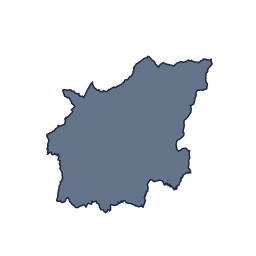 the district of Aileu Vila, Aileu, East Timor, rotated 20°
{"feature_id": "22284137B9751791093782", "entity_name": "Aileu Vila", "entity_type": "district", "adm_level": 2, "iso_a3": "TLS", "parent_name": "East Timor", "parent_adm1": "Aileu", "projection": "robinson", "projection_center": [125.556, -8.74], "detail": "fine", "context": "isolated", "style": "filled", "palette": "slate", "viewbox_px": 256, "rotation_deg": 20, "n_neighbors": 0, "source": "geoboundaries", "source_scale": "gbopen_adm2", "svg_char_len": 5842}
<svg xmlns="http://www.w3.org/2000/svg" viewBox="0 0 256 256"><g transform="rotate(20 128 128)"><path d="M181.3,79.6L180.8,77.3L180.9,75.3L180.7,73.5L179.6,71.8L180.0,69.9L180.5,68.8L184.3,67.0L185.5,67.1L186.4,65.8L188.3,64.5L188.5,63.9L187.5,59.4L185.9,58.2L184.9,57.1L182.6,50.1L183.5,48.0L183.0,45.5L183.2,44.1L184.9,40.2L185.1,38.8L183.4,37.4L182.7,35.1L181.8,36.0L180.5,36.6L177.1,36.9L175.1,37.5L175.1,38.8L173.6,39.8L172.0,42.6L170.7,42.4L167.8,43.3L166.0,42.9L165.4,43.3L164.3,42.8L163.8,43.6L163.3,43.7L161.6,43.5L159.9,45.5L158.8,46.4L157.1,47.5L155.2,47.5L154.5,48.0L151.5,50.7L149.9,53.9L140.8,55.0L139.6,54.5L138.8,54.6L136.6,57.3L136.0,58.9L136.2,59.9L135.3,60.4L134.6,60.2L133.5,59.1L132.0,58.7L131.2,57.6L130.0,56.5L127.0,55.8L123.3,53.7L122.0,54.0L121.8,55.4L120.2,56.5L118.9,57.7L116.9,61.4L115.8,62.3L115.0,64.1L114.0,64.5L113.8,64.9L113.8,66.3L112.7,69.3L112.8,70.0L113.5,70.1L113.7,70.9L113.5,73.5L113.9,74.6L113.7,75.3L113.9,76.0L113.1,78.5L112.3,79.0L111.7,80.2L111.4,81.9L110.6,83.2L108.9,83.7L108.6,84.5L108.4,86.3L107.3,88.3L107.1,89.1L103.7,92.3L102.9,93.7L101.8,94.6L101.4,94.6L101.0,94.2L99.6,95.5L99.2,96.5L98.8,96.6L97.5,98.2L96.9,98.3L96.7,98.6L96.8,99.1L96.1,99.9L96.1,100.4L95.3,101.2L94.6,101.1L93.8,101.5L92.1,101.2L91.9,101.3L92.0,102.2L91.8,102.5L90.1,103.1L88.8,102.9L87.7,101.9L87.4,101.9L86.8,102.8L85.6,103.2L84.5,102.2L82.5,101.7L81.8,101.1L79.8,99.0L79.0,97.3L78.4,98.5L77.8,100.3L76.8,106.6L76.1,114.2L75.8,114.5L74.4,113.6L73.7,114.3L73.2,114.4L72.0,114.2L71.8,114.4L70.5,113.8L70.5,113.0L70.1,112.5L67.7,113.3L66.7,113.4L64.8,112.1L64.2,112.0L63.1,112.5L62.1,112.3L61.7,111.8L61.0,112.1L60.3,111.9L59.9,112.4L58.5,113.1L55.0,113.7L54.2,114.2L53.9,115.2L57.6,119.7L59.3,119.8L60.7,120.4L62.1,119.7L63.1,120.3L64.3,121.6L65.7,122.4L66.6,124.0L67.6,124.5L68.8,124.7L70.1,125.5L70.5,126.3L70.1,127.9L69.2,128.7L68.6,130.3L70.2,131.3L70.4,131.6L70.4,132.4L69.5,134.4L69.1,134.7L68.3,136.9L67.7,137.7L67.3,138.6L65.9,139.4L66.4,140.4L66.4,140.9L65.6,141.2L66.7,142.4L66.7,143.7L67.3,144.9L66.7,146.8L65.2,147.8L64.5,149.1L61.5,149.4L61.5,149.8L62.1,150.5L61.6,150.9L61.1,152.6L60.2,153.4L59.7,155.9L59.4,156.3L58.7,156.5L57.6,158.5L56.6,158.9L55.7,160.5L55.0,160.8L55.0,161.8L54.8,162.0L54.1,161.9L54.1,162.2L54.5,162.7L54.6,163.7L55.8,164.4L57.4,166.2L57.9,166.4L58.1,166.8L58.0,167.3L58.3,167.9L58.0,169.3L58.2,169.8L58.2,170.8L58.4,171.8L59.1,171.9L59.0,173.5L59.3,174.0L59.0,175.1L59.5,175.5L59.7,176.0L60.3,175.7L61.0,178.8L61.3,179.4L61.3,180.1L61.7,179.9L62.2,179.1L62.4,178.2L63.0,177.6L63.4,177.6L64.2,177.0L65.0,178.4L65.6,178.8L67.2,178.4L68.0,177.2L68.9,177.7L69.3,177.3L70.9,178.0L70.9,177.6L70.5,177.2L71.4,176.6L71.8,176.9L71.6,177.6L72.6,178.0L73.0,178.6L73.0,180.9L73.2,181.8L74.0,181.7L74.4,182.1L75.2,182.0L75.4,182.9L75.9,183.8L75.8,185.3L76.5,185.6L76.7,186.4L77.7,187.0L78.0,188.1L77.8,189.1L78.0,189.5L79.0,190.5L80.1,191.0L81.6,192.9L82.3,195.1L83.0,195.7L83.2,197.0L83.6,197.5L83.9,198.8L83.4,199.6L83.6,200.4L83.5,201.0L82.7,201.7L83.7,203.9L83.2,206.5L83.9,207.9L83.9,209.5L84.7,214.1L85.6,216.3L85.6,219.4L85.9,220.8L87.0,220.9L89.4,219.7L90.9,220.6L91.9,220.5L93.7,218.9L94.2,217.3L93.8,216.4L94.0,215.9L95.2,213.9L96.5,214.5L97.0,215.4L98.9,217.3L101.5,218.8L102.4,219.2L103.9,219.2L105.7,220.6L107.6,220.2L108.8,219.2L109.1,218.3L110.0,217.4L110.8,217.2L111.8,215.8L113.1,215.3L114.7,215.9L115.0,216.4L115.6,216.6L115.9,215.3L115.5,213.9L116.3,212.4L118.2,212.1L119.7,212.1L119.8,211.0L119.6,209.9L119.2,209.3L119.4,209.0L120.0,209.3L121.1,209.2L121.7,208.5L122.7,208.3L122.9,207.8L123.4,207.7L124.7,209.4L126.1,209.3L127.0,209.9L127.8,210.9L128.5,212.3L129.2,213.0L129.9,213.3L130.4,214.0L132.1,213.5L133.0,213.5L134.1,214.7L135.9,215.2L136.7,214.4L136.9,213.9L137.0,211.8L138.1,211.4L139.1,212.1L139.6,211.1L138.9,208.7L138.0,207.2L138.0,206.6L138.4,206.0L139.1,205.5L140.7,205.7L142.1,205.2L143.4,204.4L144.2,203.6L144.3,201.8L145.1,202.4L145.7,201.3L146.3,201.0L146.3,199.8L146.7,198.8L147.0,198.9L147.4,199.6L147.3,200.0L147.6,200.0L147.9,199.2L148.5,199.2L148.4,198.4L148.7,197.8L149.4,197.6L150.7,197.8L150.9,198.3L152.0,198.8L152.9,198.6L153.4,198.8L156.4,198.0L159.6,198.1L161.3,198.6L163.7,198.2L164.6,198.5L165.8,198.0L166.6,197.2L166.9,196.2L167.4,195.9L167.7,196.2L167.7,196.9L168.4,196.8L168.8,197.2L169.3,197.1L169.0,195.9L169.3,193.9L169.1,190.1L168.3,189.4L167.7,188.2L167.3,188.0L167.1,186.8L167.6,186.3L166.9,185.7L166.9,185.4L167.4,185.1L167.3,184.8L167.6,184.2L167.3,183.9L167.3,183.2L167.1,182.9L167.2,182.2L167.0,181.6L167.2,181.2L167.9,181.2L168.1,181.1L167.4,177.4L166.9,176.9L166.3,175.6L165.4,174.6L165.7,172.2L166.3,170.0L166.6,169.2L167.3,168.6L167.9,168.4L168.9,169.0L170.6,169.5L171.2,169.4L174.9,166.5L176.7,166.0L178.3,166.1L179.2,166.6L181.6,169.0L182.0,169.0L182.4,168.4L182.7,166.8L183.4,166.5L183.9,166.6L184.0,167.9L184.4,168.2L185.3,168.0L185.9,168.2L186.1,167.9L185.8,166.9L186.6,166.8L187.6,167.3L187.2,167.5L187.2,167.9L187.5,168.6L188.0,168.7L189.7,168.3L192.1,170.1L192.7,170.1L193.2,167.9L193.9,169.1L194.4,168.9L194.6,168.1L194.2,167.1L194.0,165.5L194.3,165.1L195.3,164.5L195.5,163.4L195.1,161.9L195.8,159.5L195.4,157.7L194.8,157.7L194.6,157.0L195.1,156.1L195.7,156.2L196.0,156.0L196.2,155.1L195.7,154.0L195.8,153.7L198.3,150.0L199.0,149.6L199.8,150.1L200.3,149.1L202.1,148.7L201.4,147.0L199.7,145.4L198.8,145.2L198.2,144.6L197.4,140.2L196.6,139.3L196.1,137.4L196.3,135.5L195.4,133.4L194.3,131.7L194.0,130.1L193.5,129.6L193.8,128.4L191.4,128.4L189.8,127.3L188.9,127.3L186.2,128.7L184.6,131.4L183.9,132.1L183.1,132.3L182.3,132.0L180.9,130.9L178.9,127.4L178.4,124.7L178.6,122.6L180.8,120.3L182.9,116.3L182.4,113.8L181.0,112.9L180.0,106.3L178.9,104.4L178.2,101.8L180.2,97.8L181.7,91.8L180.8,88.2L179.1,85.6L181.4,83.1L181.5,82.0L181.5,81.4L181.2,81.0L181.3,79.6Z" fill="#64748b" stroke="#1e293b" stroke-width="1.5"/></g></svg>